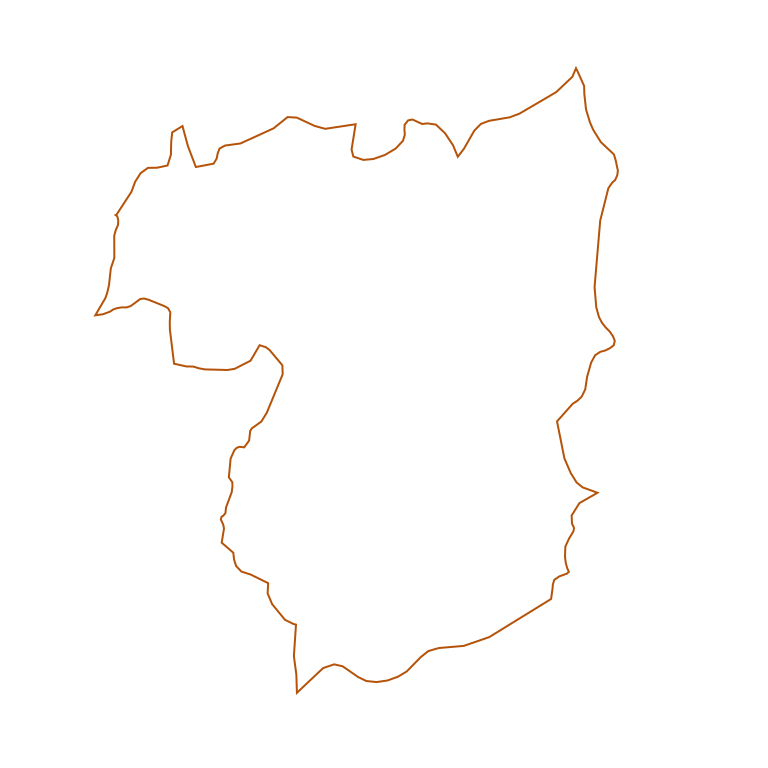 map outline of Vila Real (orthographic projection), rotated 349°
{"feature_id": "PRT-756", "entity_name": "Vila Real", "entity_type": "District", "adm_level": 1, "iso_a3": "PRT", "parent_name": "Portugal", "parent_adm1": "", "projection": "orthographic", "projection_center": [-7.677, 41.533], "detail": "fine", "context": "isolated", "style": "outline", "palette": "amber", "viewbox_px": 768, "rotation_deg": 349, "n_neighbors": 0, "source": "natural_earth", "source_scale": "10m", "svg_char_len": 2576}
<svg xmlns="http://www.w3.org/2000/svg" viewBox="0 0 768 768"><g transform="rotate(349 384 384)"><path d="M152.8,167.0L153.8,166.7L172.7,147.2L178.3,138.0L185.3,130.6L193.5,126.8L202.6,128.4L213.2,128.2L218.6,118.2L221.4,105.4L224.1,96.6L235.4,92.3L236.9,113.0L240.7,135.1L258.8,135.2L262.8,130.7L264.8,125.8L267.5,121.5L273.5,119.6L288.9,120.5L324.3,112.0L340.3,103.6L349.3,105.9L365.1,117.4L375.0,122.3L405.7,123.6L396.9,147.7L397.3,154.9L406.5,160.1L416.6,161.1L428.7,159.3L440.4,155.1L449.0,148.9L452.0,143.3L452.6,138.1L453.7,133.5L458.0,129.8L462.4,129.8L471.0,136.0L476.5,136.5L484.5,139.3L491.8,149.5L497.3,162.8L499.8,175.0L507.3,168.4L521.0,152.5L528.7,147.2L537.3,145.7L558.1,146.2L568.4,144.5L608.8,130.3L627.5,118.4L632.7,110.7L633.8,114.6L637.3,129.6L636.0,137.5L634.7,153.0L636.1,166.5L637.8,174.2L643.0,187.9L653.5,202.5L654.1,208.6L654.3,219.2L652.8,223.6L649.8,227.9L646.5,229.8L641.6,234.6L627.4,264.9L609.2,329.0L607.0,349.2L607.8,359.4L609.7,365.6L612.4,370.8L615.6,375.6L617.9,380.9L618.8,385.7L616.9,389.8L612.7,391.9L607.7,393.3L602.4,393.7L596.8,396.0L591.4,402.5L584.8,415.6L580.5,427.7L575.6,434.2L570.7,437.3L565.5,439.4L546.7,453.7L546.9,491.5L550.3,507.0L554.3,517.5L559.3,523.4L572.8,531.5L553.1,538.2L543.1,548.9L541.9,556.9L543.1,561.6L541.8,564.8L536.1,571.1L531.0,578.2L528.7,588.1L528.3,594.5L528.7,599.6L529.6,603.6L527.5,605.0L519.4,606.3L513.8,608.7L511.5,613.0L510.5,616.7L507.0,626.9L439.1,652.5L412.3,656.3L388.0,653.7L386.6,653.7L376.6,654.6L368.1,659.0L351.5,670.5L341.8,674.0L330.9,675.7L319.9,675.2L310.0,672.2L302.8,666.8L289.5,653.2L281.6,649.7L270.1,651.2L239.6,670.5L242.5,652.6L243.6,634.0L251.7,603.4L249.2,602.2L241.8,596.6L232.2,578.8L229.8,567.3L232.3,557.4L216.6,545.5L208.2,540.9L204.1,534.4L203.3,527.7L203.9,520.9L194.4,508.8L199.4,495.2L199.3,491.1L198.0,485.9L199.2,483.3L201.1,482.6L203.7,480.5L205.4,475.0L213.9,461.1L215.7,455.6L216.4,451.6L213.9,446.0L219.2,428.0L224.5,420.4L227.4,418.5L230.2,418.1L234.7,419.5L240.8,413.8L243.7,404.6L245.7,402.4L256.5,397.4L263.5,389.8L286.4,355.1L287.8,346.2L278.1,328.7L275.1,325.4L269.3,322.2L257.4,335.7L240.3,340.6L233.1,340.4L211.0,335.5L205.6,333.4L199.9,330.4L193.4,329.1L181.8,324.0L184.2,289.8L185.5,282.4L187.9,272.9L186.5,268.4L183.5,265.8L168.7,256.2L164.9,254.4L161.1,254.0L150.3,259.1L146.1,259.7L141.0,258.7L136.6,258.6L132.4,259.2L128.8,260.7L121.5,261.9L113.7,261.5L126.9,246.5L129.7,241.7L132.9,234.5L137.9,218.4L143.3,208.9L147.5,186.9L150.2,181.5L153.3,177.0L154.4,172.4L154.2,168.5L152.8,167.0Z" fill="none" stroke="#b45309" stroke-width="2"/></g></svg>